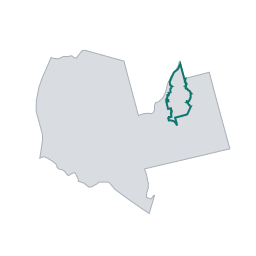 La Libertad, Petén, Guatemala shown in context, rotated 75°
{"feature_id": "79465075B31281143780542", "entity_name": "La Libertad", "entity_type": "district", "adm_level": 2, "iso_a3": "GTM", "parent_name": "Guatemala", "parent_adm1": "Petén", "projection": "orthographic", "projection_center": [-90.603, 16.998], "detail": "fine", "context": "in_parent", "style": "outline", "palette": "teal", "viewbox_px": 256, "rotation_deg": 75, "n_neighbors": 0, "source": "geoboundaries", "source_scale": "gbopen_adm2", "svg_char_len": 4804}
<svg xmlns="http://www.w3.org/2000/svg" viewBox="0 0 256 256"><g transform="rotate(75 128 128)"><path d="M39.9,183.9L41.1,182.8L42.1,180.1L43.3,177.3L42.6,174.1L42.2,171.5L43.5,167.7L43.4,164.9L44.1,163.2L46.1,162.0L47.1,159.9L41.5,152.4L41.5,150.7L42.3,148.6L47.0,140.7L52.5,131.3L58.6,120.9L62.3,114.6L75.5,114.7L84.3,114.7L95.4,114.7L107.5,114.7L115.5,114.7L118.7,114.6L118.2,110.5L118.6,106.0L120.1,101.9L120.1,100.1L117.7,97.9L113.1,96.6L110.6,94.7L110.6,92.2L109.4,89.2L107.2,85.7L102.6,82.1L95.7,78.4L89.7,73.4L84.9,67.2L80.7,63.2L77.6,61.5L76.8,60.6L86.1,60.7L94.9,60.8L95.0,51.9L95.1,44.0L95.2,35.1L111.1,35.2L130.1,35.2L149.9,35.1L165.4,35.0L174.5,35.0L174.1,46.0L173.8,58.9L173.5,68.3L173.1,80.8L172.7,93.7L172.1,111.2L171.8,122.5L172.0,122.8L177.2,122.2L184.9,122.7L186.8,122.6L189.2,123.6L191.0,123.8L195.0,126.4L199.6,128.2L202.5,124.3L201.0,122.0L199.8,120.8L200.0,119.8L216.1,129.7L214.2,131.2L210.2,134.9L202.8,141.1L196.2,146.7L189.9,151.7L184.2,156.3L183.5,156.7L176.2,160.0L175.0,161.5L173.4,167.8L172.7,169.4L174.1,172.9L175.4,178.3L175.0,181.2L170.0,184.7L167.7,187.9L166.7,189.9L165.8,189.4L164.2,189.3L160.6,190.1L158.8,190.3L157.4,191.2L157.2,193.1L158.2,196.3L158.6,197.9L157.6,198.7L153.1,200.6L151.3,202.5L149.7,205.5L147.7,206.7L145.7,206.5L144.2,206.9L141.1,209.1L136.5,213.4L134.0,216.5L133.9,218.9L134.4,221.0L117.4,213.6L111.7,212.3L87.9,212.4L77.7,209.4L66.0,203.7L58.2,198.5L39.9,183.9Z" fill="#d9dde1" stroke="#a8b0b8" stroke-width="1"/><path d="M130.2,67.3L130.1,67.2L129.3,66.6L128.8,66.1L128.6,65.9L128.3,65.7L127.9,65.4L127.7,65.2L126.5,64.2L126.1,63.9L125.8,63.6L125.5,63.4L125.2,63.1L124.5,62.6L123.7,61.9L123.7,62.0L123.2,62.2L122.7,62.3L122.5,62.5L122.4,62.6L122.1,62.7L121.7,62.7L121.6,62.8L121.4,63.1L121.2,63.3L120.9,63.4L120.7,63.4L120.3,63.6L120.2,63.6L119.9,63.7L119.7,63.6L119.4,63.5L119.1,63.5L118.9,63.6L118.9,63.8L118.7,63.8L118.6,64.3L118.5,64.5L118.4,64.7L118.3,64.4L118.1,64.4L117.9,64.4L117.7,64.4L117.3,64.2L117.5,63.9L117.9,63.9L118.0,63.9L118.3,63.7L118.2,63.5L118.2,63.4L118.2,63.2L118.2,62.8L118.1,62.7L117.8,62.2L117.7,62.1L117.5,61.9L117.3,61.8L117.1,61.5L117.1,61.4L116.9,61.3L116.7,61.3L116.6,61.2L116.4,61.0L116.2,60.8L116.0,60.7L115.9,60.7L115.7,60.4L115.8,60.4L115.7,60.3L115.4,60.0L115.3,59.9L115.2,59.9L114.8,59.7L114.5,59.7L114.4,59.6L114.2,59.4L113.9,59.4L113.5,59.3L113.3,59.3L113.1,59.3L112.8,59.2L112.6,59.1L112.3,59.0L112.2,58.9L111.9,58.6L111.4,58.5L111.1,58.4L110.8,58.4L110.6,58.3L110.4,58.5L110.3,58.4L110.4,58.2L110.2,58.3L109.9,58.3L109.7,58.4L109.6,58.5L109.3,58.6L109.1,58.7L108.8,58.7L108.6,58.8L108.3,58.8L108.2,58.9L108.0,59.1L107.7,59.3L107.5,59.5L107.4,59.7L107.3,60.0L107.2,60.1L106.9,60.3L106.7,60.3L106.3,60.3L105.7,60.5L105.3,60.7L105.3,60.8L105.4,61.1L105.3,61.5L105.1,61.5L104.9,61.8L104.6,61.9L104.4,61.9L104.3,62.0L104.2,62.0L103.8,61.8L103.7,61.8L103.4,61.7L103.3,61.4L103.2,61.4L103.1,61.5L102.8,61.7L102.7,61.8L102.7,61.7L102.6,61.4L102.4,61.3L102.3,61.2L102.2,61.1L101.8,60.8L101.7,60.8L101.3,61.0L101.2,61.0L100.8,61.0L100.7,60.9L100.8,60.8L100.8,60.7L100.7,60.7L100.5,60.3L100.5,60.2L100.4,60.2L100.3,60.3L100.2,60.3L100.2,60.2L100.0,60.3L99.9,60.3L99.7,60.4L99.6,60.5L99.4,60.5L99.3,60.3L99.2,60.3L99.2,60.6L99.1,60.8L98.9,60.9L98.6,60.9L98.4,61.1L98.2,61.2L97.9,61.0L97.7,61.0L97.6,60.9L97.2,60.8L97.0,60.7L96.9,60.5L96.7,60.5L96.5,60.4L96.3,60.4L96.2,60.4L96.1,60.2L95.9,60.2L95.9,60.4L95.7,60.3L95.5,60.1L95.4,59.7L95.2,59.6L95.2,60.9L86.8,60.9L79.6,60.9L83.6,64.1L84.2,64.8L86.1,69.2L90.5,72.9L94.3,75.8L97.5,76.2L97.8,76.0L97.8,75.9L98.0,75.9L98.3,75.7L98.4,75.4L98.5,75.3L98.5,75.2L98.8,75.1L99.0,74.9L99.0,75.0L99.5,75.2L100.1,75.6L100.5,76.0L100.9,76.5L101.4,77.1L104.6,77.7L104.5,79.7L106.3,79.7L106.7,80.2L107.0,80.4L106.5,81.2L106.4,81.2L106.4,81.5L108.6,82.1L109.5,82.6L109.5,83.0L109.8,83.3L110.0,83.3L110.1,83.1L110.2,82.9L110.4,83.0L110.8,83.9L111.0,84.0L111.3,84.7L111.4,82.7L111.5,82.8L111.4,82.3L111.8,82.3L111.8,82.0L112.7,82.0L112.6,83.3L112.5,83.9L112.4,84.0L116.1,84.3L120.0,84.3L120.0,81.5L121.7,81.5L121.7,81.8L123.4,82.0L123.5,81.7L123.6,81.8L123.9,81.8L123.9,81.7L124.2,81.8L124.6,82.1L124.6,82.4L124.8,82.4L124.9,82.7L125.6,82.7L125.8,82.7L125.9,82.9L126.0,82.9L127.7,83.0L128.4,83.1L128.4,83.8L128.2,83.8L128.2,84.5L128.0,85.4L128.7,85.4L128.8,86.6L131.3,86.6L131.5,86.2L131.5,85.9L131.6,84.9L131.7,84.7L131.8,84.5L132.1,84.1L132.3,83.7L132.8,82.7L133.0,82.3L133.5,81.9L134.1,81.4L134.4,81.1L134.8,80.8L135.0,80.8L135.2,80.7L135.4,80.7L136.1,80.7L136.3,80.6L136.5,80.5L136.6,80.4L136.7,80.2L136.8,80.1L137.0,80.1L137.5,80.0L137.5,79.9L137.1,79.8L136.7,79.8L136.2,79.8L133.5,79.8L132.4,79.8L131.5,79.8L131.1,79.8L130.6,79.8L130.2,79.8L130.3,72.3L130.2,72.3L130.2,70.2L130.2,69.8L130.3,69.5L130.2,69.4L130.2,67.3Z" fill="none" stroke="#0f766e" stroke-width="2"/></g></svg>